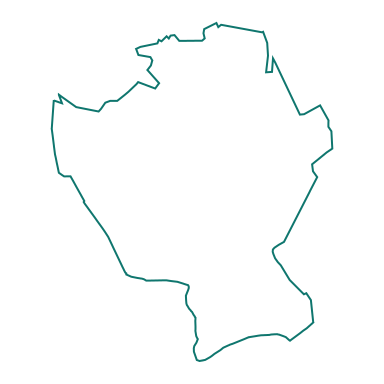 Sheikan, North Kordufan, Sudan
{"feature_id": "16777658B67659775145128", "entity_name": "Sheikan", "entity_type": "district", "adm_level": 2, "iso_a3": "SDN", "parent_name": "Sudan", "parent_adm1": "North Kordufan", "projection": "orthographic", "projection_center": [29.994, 13.034], "detail": "fine", "context": "isolated", "style": "outline", "palette": "teal", "viewbox_px": 384, "rotation_deg": 0, "n_neighbors": 0, "source": "geoboundaries", "source_scale": "gbopen_adm2", "svg_char_len": 2993}
<svg xmlns="http://www.w3.org/2000/svg" viewBox="0 0 384 384"><path d="M126.3,274.5L130.1,276.2L130.3,276.3L131.2,276.7L131.6,276.8L132.1,276.9L137.1,277.9L137.7,278.0L139.0,278.2L139.8,278.3L140.1,278.4L141.8,278.6L143.8,279.2L144.9,279.8L146.2,280.6L147.0,280.6L148.9,280.6L160.4,280.4L164.9,280.3L166.1,280.3L166.9,280.4L168.8,280.7L171.6,281.1L172.4,281.2L177.4,281.8L183.5,283.7L183.7,283.8L186.5,284.7L188.0,285.1L188.7,286.3L188.7,286.7L188.8,287.9L188.3,289.6L187.6,291.4L187.5,291.6L186.9,293.1L185.9,295.7L186.1,300.0L186.3,302.5L186.4,303.2L186.4,303.5L186.9,305.1L187.3,305.6L189.1,308.7L189.2,308.8L190.5,310.2L190.8,310.6L191.0,311.0L192.1,312.0L193.1,313.9L193.5,314.7L193.6,314.8L194.8,316.5L194.8,316.8L195.4,317.6L195.5,317.7L195.4,319.9L195.3,320.8L195.5,326.3L195.5,329.2L195.4,330.9L196.1,335.3L196.2,335.8L196.3,336.3L197.6,338.9L197.8,339.1L196.4,342.7L194.3,346.0L194.0,347.3L193.8,348.3L193.9,351.4L193.9,351.6L194.0,352.0L196.8,360.0L199.5,361.0L205.2,359.9L210.0,357.2L211.6,356.1L212.9,355.1L214.4,353.9L220.4,350.1L223.3,347.7L227.9,345.6L229.1,345.1L230.1,344.6L232.6,343.8L244.0,339.2L248.7,337.2L248.9,337.3L249.5,337.1L255.2,336.2L257.0,335.9L258.1,335.7L258.3,335.7L260.9,335.3L267.9,335.0L269.6,334.9L270.2,334.7L271.5,334.5L274.4,334.3L277.3,334.2L278.1,334.5L278.8,334.5L283.5,336.2L285.8,337.1L288.7,339.7L289.5,340.4L289.8,340.6L290.0,340.7L291.0,339.9L300.2,333.1L303.2,330.7L306.7,328.3L313.3,322.4L313.2,322.2L310.9,300.1L306.3,293.2L303.9,294.3L289.7,280.0L280.8,265.3L277.8,262.1L275.1,258.3L273.4,254.1L272.7,251.8L272.8,250.7L272.9,249.5L274.5,247.7L278.8,244.8L284.0,241.9L309.5,192.1L310.1,190.8L317.2,177.1L313.0,171.3L312.1,164.3L326.7,152.4L332.3,148.6L331.4,131.3L328.4,126.8L328.4,123.0L328.5,120.4L320.1,105.4L317.9,106.6L304.1,114.2L299.9,114.6L275.4,62.9L273.6,59.5L273.0,58.4L272.0,71.9L266.1,72.3L268.0,55.7L267.2,42.9L263.1,31.8L262.0,32.3L221.1,24.8L218.3,27.1L216.4,23.0L204.2,29.1L203.5,33.1L203.5,33.4L204.7,38.4L202.1,40.7L179.3,40.9L174.5,35.1L170.6,35.6L168.8,38.5L166.6,36.3L161.5,41.3L158.8,39.9L157.4,43.4L140.4,46.9L136.1,48.9L136.2,49.1L138.4,55.0L150.4,57.1L152.2,60.3L152.3,60.4L150.9,65.5L147.4,70.0L159.1,83.2L155.2,88.5L153.0,87.7L138.1,82.1L136.6,84.0L128.3,91.9L124.6,95.0L117.2,100.9L110.1,100.9L105.3,102.7L101.0,108.9L98.6,111.5L76.2,107.1L62.0,97.0L58.9,94.7L58.9,94.9L61.9,103.0L62.0,103.3L59.9,102.6L57.4,101.7L56.2,101.3L53.9,100.5L53.8,100.1L53.4,105.4L53.2,108.3L51.9,126.8L51.8,128.3L51.7,128.5L52.6,135.2L53.9,145.6L54.0,146.7L54.2,148.1L55.0,154.4L55.7,157.4L56.8,163.0L57.5,166.2L58.7,172.0L58.9,172.8L62.0,175.0L64.1,176.4L70.4,176.3L70.5,176.3L73.5,181.6L76.4,186.9L79.7,192.8L80.0,193.3L82.3,197.5L84.3,201.0L84.0,201.5L83.7,202.0L84.6,203.5L95.2,218.1L97.3,221.1L102.3,228.0L102.5,228.3L104.9,231.8L108.2,236.9L112.1,245.1L113.3,247.7L120.8,263.4L122.5,267.0L123.8,269.6L124.0,270.1L125.3,272.6L126.3,273.4L126.2,273.8L126.3,274.0L126.3,274.5Z" fill="none" stroke="#0f766e" stroke-width="2"/></svg>